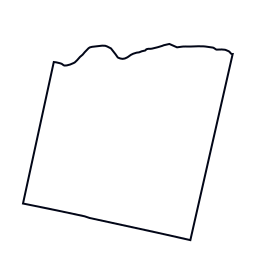 the district of Adams, Illinois, United States of America, rotated 102°
{"feature_id": "52423323B85732268037337", "entity_name": "Adams", "entity_type": "district", "adm_level": 2, "iso_a3": "USA", "parent_name": "United States of America", "parent_adm1": "Illinois", "projection": "robinson", "projection_center": [-91.398, 39.979], "detail": "fine", "context": "isolated", "style": "outline", "palette": "ink", "viewbox_px": 256, "rotation_deg": 102, "n_neighbors": 0, "source": "geoboundaries", "source_scale": "gbopen_adm2", "svg_char_len": 943}
<svg xmlns="http://www.w3.org/2000/svg" viewBox="0 0 256 256"><g transform="rotate(102 128 128)"><path d="M224.3,78.4L224.7,43.7L33.9,41.0L34.1,41.7L33.8,42.7L32.5,44.4L32.0,45.4L31.4,48.4L31.3,49.4L31.7,52.6L32.9,57.6L32.9,58.1L31.8,60.9L31.7,61.7L32.2,69.2L32.5,71.6L33.6,76.9L35.3,83.7L36.3,88.6L37.0,91.5L38.9,96.8L37.2,105.0L39.6,110.2L40.6,111.7L42.8,115.7L45.4,121.1L46.0,122.9L46.2,124.2L46.7,125.5L47.2,126.4L48.5,127.2L48.7,127.5L50.1,130.5L51.7,132.9L52.5,135.2L54.3,138.4L55.8,140.3L56.3,140.8L58.3,142.6L59.4,143.8L60.7,145.6L61.5,147.7L61.6,149.9L61.3,152.1L61.0,152.8L58.4,155.6L53.7,161.2L52.6,165.3L52.3,167.3L52.8,170.3L56.1,180.1L57.1,182.1L58.2,183.2L63.0,186.2L65.7,187.6L68.4,189.7L72.3,191.9L74.8,193.6L75.7,194.6L78.0,197.9L79.5,200.9L80.1,203.0L80.0,204.0L79.0,206.2L78.8,208.0L78.7,211.9L78.9,214.3L223.7,215.0L223.4,180.3L223.4,152.1L224.0,146.8L224.3,78.4Z" fill="none" stroke="#020617" stroke-width="2"/></g></svg>